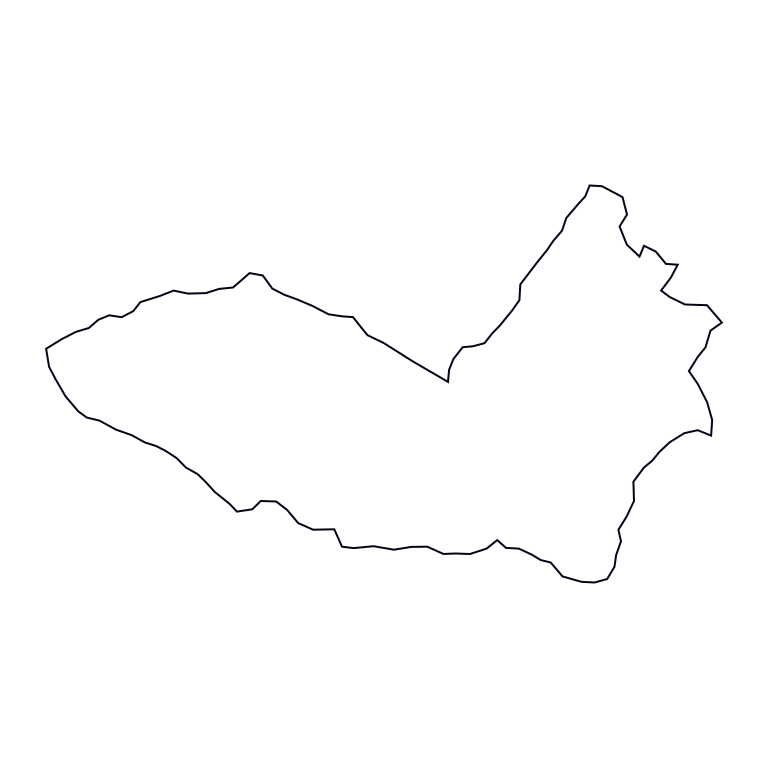 outline of Quatiguá, Paraná, Brazil
{"feature_id": "56859067B81850837706084", "entity_name": "Quatiguá", "entity_type": "district", "adm_level": 2, "iso_a3": "BRA", "parent_name": "Brazil", "parent_adm1": "Paraná", "projection": "albers", "projection_center": [-49.931, -23.557], "detail": "fine", "context": "isolated", "style": "outline", "palette": "ink", "viewbox_px": 768, "rotation_deg": 0, "n_neighbors": 0, "source": "geoboundaries", "source_scale": "gbopen_adm2", "svg_char_len": 1675}
<svg xmlns="http://www.w3.org/2000/svg" viewBox="0 0 768 768"><path d="M46.1,348.8L49.1,366.9L55.8,379.6L65.5,396.3L78.3,411.4L86.7,417.5L99.4,420.6L116.1,429.7L131.6,435.1L144.8,442.4L156.0,446.0L165.3,450.7L176.5,458.0L186.0,467.6L197.7,474.2L205.9,482.2L214.7,491.9L229.6,503.9L237.0,511.6L252.3,509.3L260.7,501.0L276.2,501.5L287.2,510.0L298.2,523.1L313.1,529.7L334.3,529.3L342.0,546.7L353.7,548.1L373.5,546.2L394.0,549.7L411.3,546.9L427.3,546.7L443.5,554.0L454.9,553.5L470.0,554.0L486.6,548.6L497.2,540.1L506.0,547.9L518.8,548.6L531.9,554.7L540.8,560.1L550.7,562.5L562.5,576.4L581.3,581.8L594.5,582.5L607.2,579.0L614.5,566.7L616.1,555.2L621.0,541.3L618.4,529.8L626.6,516.6L634.0,501.0L633.4,481.7L643.9,467.6L652.4,460.5L659.5,451.8L669.8,442.2L684.3,433.2L697.7,430.2L711.1,435.6L712.2,420.1L707.2,402.4L697.7,383.8L688.9,371.1L697.7,357.0L705.5,347.3L710.5,330.6L721.9,322.6L707.0,305.2L685.0,304.5L669.9,297.1L661.1,290.6L671.0,277.4L677.7,264.7L666.0,263.9L655.7,251.5L644.0,245.8L639.5,256.6L626.8,244.6L619.6,226.5L627.0,214.5L622.5,197.1L601.9,186.2L589.6,185.5L585.3,196.3L577.1,205.3L566.3,218.0L562.0,230.7L553.1,241.1L547.1,250.0L537.2,262.3L520.3,284.4L519.4,300.2L512.1,310.5L499.8,325.6L492.2,333.4L484.5,343.2L472.8,346.3L462.7,347.2L453.4,359.0L449.1,369.8L448.0,381.9L412.8,361.4L383.7,343.0L367.5,335.2L359.7,325.6L353.0,317.1L342.7,316.4L328.6,314.3L312.2,305.8L296.0,299.0L284.4,294.8L272.3,288.6L262.8,275.5L249.6,273.1L233.0,287.5L219.2,288.9L205.8,293.1L188.1,293.6L173.6,290.6L159.8,296.0L140.4,302.1L133.3,311.1L121.6,317.2L109.3,315.3L98.3,319.8L88.8,328.0L76.1,331.8L61.8,339.1L46.1,348.8Z" fill="none" stroke="#020617" stroke-width="2"/></svg>